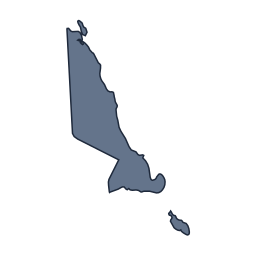 the Province of Mindoro Occidental, rotated 177°
{"feature_id": "PHL-2570", "entity_name": "Mindoro Occidental", "entity_type": "Province", "adm_level": 1, "iso_a3": "PHL", "parent_name": "Philippines", "parent_adm1": "", "projection": "equal_earth", "projection_center": [120.676, 13.012], "detail": "fine", "context": "isolated", "style": "filled", "palette": "slate", "viewbox_px": 256, "rotation_deg": 177, "n_neighbors": 0, "source": "natural_earth", "source_scale": "10m", "svg_char_len": 2222}
<svg xmlns="http://www.w3.org/2000/svg" viewBox="0 0 256 256"><g transform="rotate(177 128 128)"><path d="M183.8,229.9L183.6,230.6L182.1,230.6L180.0,227.8L178.6,227.1L172.7,227.1L171.0,225.9L169.6,222.9L169.0,219.1L169.8,215.7L170.3,217.7L171.2,218.9L172.4,219.1L173.7,218.3L173.0,217.9L172.4,217.9L171.7,218.3L171.1,216.0L171.1,215.7L169.1,213.7L168.4,214.0L168.4,216.5L166.9,215.4L164.9,213.2L163.2,210.8L162.1,208.0L159.6,204.9L158.8,204.6L158.3,203.8L154.2,194.6L153.0,193.6L152.1,192.2L152.3,189.2L153.3,183.8L153.2,181.3L152.6,178.7L151.7,176.5L149.2,172.6L147.5,168.1L146.1,166.1L144.0,165.0L142.1,165.0L140.7,164.3L140.2,161.3L140.1,159.9L139.6,157.4L139.5,156.0L139.2,154.5L137.6,151.2L137.7,150.0L138.1,149.1L138.6,148.4L138.9,147.6L139.0,146.5L138.7,140.3L137.8,136.3L136.9,129.2L135.3,125.2L131.1,117.6L128.0,109.4L125.9,105.9L121.3,103.8L119.5,101.0L118.0,100.1L114.7,100.4L113.7,99.8L114.8,97.4L112.2,94.3L110.3,90.7L109.2,86.6L108.4,77.6L107.7,75.4L106.5,74.5L105.8,74.6L104.1,75.1L103.5,75.4L102.7,76.1L102.3,76.8L102.0,77.5L101.5,78.1L99.7,80.2L98.5,80.5L97.0,79.8L95.8,78.4L94.8,76.6L94.0,74.5L93.8,72.3L94.2,69.4L95.2,66.8L96.8,64.5L98.6,62.8L100.8,61.8L103.0,61.7L109.6,63.7L115.3,64.0L116.5,63.8L117.5,63.4L118.5,63.5L120.4,64.9L121.4,65.3L123.2,65.7L126.9,65.6L129.1,66.1L130.4,67.5L132.0,66.4L133.2,67.1L134.9,69.3L136.6,69.5L138.1,68.9L140.9,67.5L149.3,64.9L149.8,64.6L150.0,65.4L150.4,71.7L150.4,75.1L149.7,77.7L138.9,96.7L178.7,119.5L182.2,122.3L183.7,125.5L183.8,229.9ZM89.4,38.0L90.2,38.5L91.0,38.7L91.6,39.2L91.8,40.6L90.2,42.2L89.8,42.9L89.1,41.8L88.5,40.3L87.7,39.0L86.9,38.4L85.5,38.0L84.9,37.1L84.6,36.0L84.0,34.9L82.9,34.0L82.0,33.5L80.9,33.2L79.7,33.1L79.1,32.7L78.0,30.9L74.9,29.6L73.4,27.3L72.5,24.3L72.2,21.2L72.3,19.8L72.7,18.8L73.4,18.3L74.4,18.1L75.8,18.8L78.2,20.4L80.2,22.2L80.6,23.5L82.0,22.9L83.9,23.5L85.8,24.7L87.2,26.0L90.5,32.7L90.0,34.2L89.1,35.2L88.7,36.3L89.4,38.0ZM171.2,232.9L172.4,235.7L172.6,237.1L172.3,237.6L171.5,237.9L170.5,237.3L169.6,236.4L168.7,235.8L168.1,234.6L167.7,232.8L166.8,231.0L165.0,229.8L163.9,225.8L165.8,222.4L168.5,223.8L169.5,226.7L170.2,231.0L170.6,232.1L171.0,232.6L171.2,232.9Z" fill="#64748b" stroke="#1e293b" stroke-width="1.5"/></g></svg>